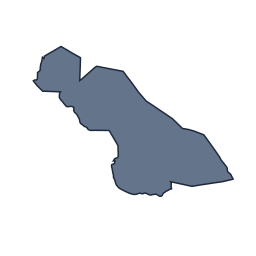 Paulo Ramos, Maranhão, Brazil (orthographic projection), rotated 45°
{"feature_id": "56859067B18667003723128", "entity_name": "Paulo Ramos", "entity_type": "district", "adm_level": 2, "iso_a3": "BRA", "parent_name": "Brazil", "parent_adm1": "Maranhão", "projection": "orthographic", "projection_center": [-45.411, -4.53], "detail": "fine", "context": "isolated", "style": "filled", "palette": "slate", "viewbox_px": 256, "rotation_deg": 45, "n_neighbors": 0, "source": "geoboundaries", "source_scale": "gbopen_adm2", "svg_char_len": 2239}
<svg xmlns="http://www.w3.org/2000/svg" viewBox="0 0 256 256"><g transform="rotate(45 128 128)"><path d="M225.4,85.8L216.0,84.7L213.4,83.8L202.0,81.7L201.0,81.6L198.2,81.1L186.5,79.2L183.5,80.5L177.0,83.4L172.1,86.1L168.2,88.8L166.9,89.8L158.2,89.9L154.5,90.0L152.8,90.0L121.5,96.1L113.9,95.5L110.6,95.3L103.2,94.1L96.1,93.0L90.2,92.3L88.6,92.0L84.5,91.4L70.3,101.0L62.9,106.0L62.1,106.7L61.9,108.0L61.6,109.7L61.6,111.4L60.7,125.8L60.3,128.6L59.2,127.4L45.7,112.9L44.6,111.9L37.0,114.1L33.9,114.9L23.0,117.7L18.1,136.3L19.4,138.3L17.5,138.5L18.2,139.5L19.3,141.0L20.0,142.1L20.6,143.3L21.1,144.4L21.6,145.2L22.5,146.3L23.5,147.7L24.6,148.6L25.2,150.3L24.9,151.6L24.9,152.8L28.8,156.9L29.4,157.9L29.0,159.0L28.2,159.8L27.7,161.6L33.4,162.3L41.7,162.3L42.5,161.4L43.3,160.7L54.7,150.2L55.1,151.9L56.2,153.2L57.1,154.2L58.0,155.0L59.5,155.4L61.0,155.7L62.3,155.7L63.7,155.8L64.9,156.0L66.6,156.1L68.1,156.3L69.3,156.3L70.5,155.4L71.2,154.5L72.1,153.3L73.3,152.3L75.2,151.8L76.2,152.8L77.1,153.8L78.2,154.5L79.8,154.7L80.8,154.6L82.1,154.5L83.4,155.0L84.5,155.3L86.0,155.7L87.2,156.1L88.5,156.9L89.8,157.8L91.2,158.3L92.6,158.1L94.2,157.8L95.9,157.8L97.3,157.1L98.9,156.7L99.8,157.2L101.3,157.1L103.2,156.2L106.7,152.6L116.4,143.1L118.0,143.5L126.9,145.8L133.5,147.6L134.7,148.8L137.5,151.5L138.7,152.5L139.5,153.4L140.3,154.1L141.2,155.0L141.5,156.5L141.0,157.5L140.3,159.1L140.9,161.6L141.9,160.4L142.6,161.3L143.5,162.7L143.0,164.1L142.4,165.4L143.5,166.8L146.2,168.4L147.6,169.5L149.0,170.4L150.7,171.4L152.7,173.2L156.0,174.4L158.3,175.8L160.1,176.5L164.1,176.8L167.3,175.9L171.0,174.7L175.0,173.2L177.2,172.1L179.3,170.7L180.7,169.0L181.6,167.1L182.8,165.4L183.9,164.9L185.0,164.1L185.5,162.6L186.7,161.6L187.6,161.0L188.7,160.8L190.5,160.1L191.7,159.1L192.6,157.4L193.5,156.4L194.5,155.0L196.4,154.4L198.2,154.1L199.6,153.0L199.9,151.5L199.3,150.1L199.1,148.9L199.4,147.9L199.7,145.5L200.3,144.3L200.6,143.0L200.9,141.8L201.8,140.2L200.1,139.1L198.6,137.5L197.2,136.0L196.2,135.8L214.5,124.0L219.3,117.3L220.4,115.8L228.0,105.5L232.8,99.1L238.5,89.9L237.0,89.3L235.4,88.9L234.2,88.3L233.0,88.3L232.0,88.1L230.9,88.4L229.7,88.5L228.6,87.9L227.7,87.4L226.7,86.4L225.4,85.8Z" fill="#64748b" stroke="#1e293b" stroke-width="1.5"/></g></svg>